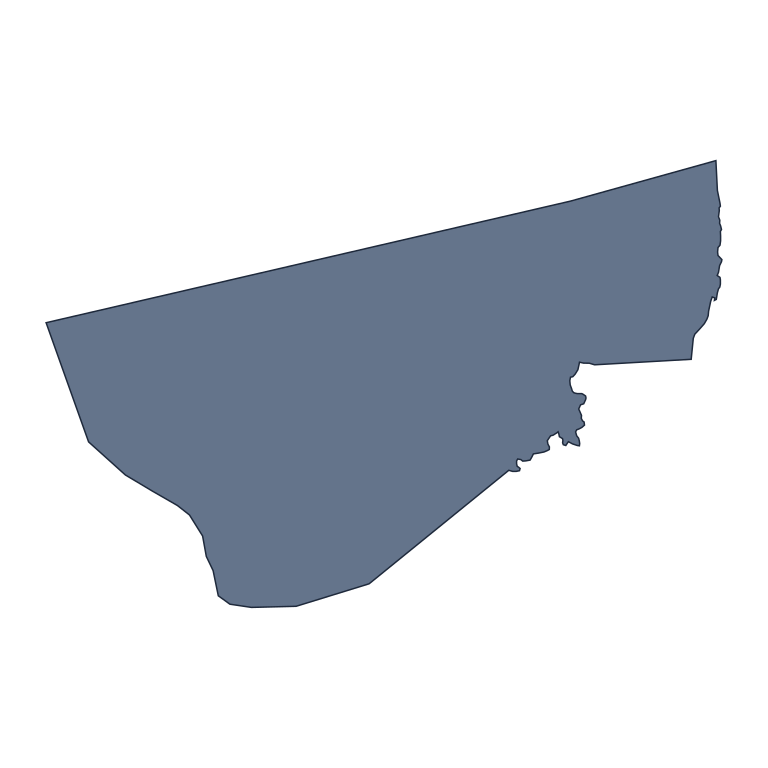 the district of Mukah, Sarawak, Malaysia
{"feature_id": "92858781B93541557808123", "entity_name": "Mukah", "entity_type": "district", "adm_level": 2, "iso_a3": "MYS", "parent_name": "Malaysia", "parent_adm1": "Sarawak", "projection": "mercator", "projection_center": [112.554, 2.823], "detail": "fine", "context": "isolated", "style": "filled", "palette": "slate", "viewbox_px": 768, "rotation_deg": 0, "n_neighbors": 0, "source": "geoboundaries", "source_scale": "gbopen_adm2", "svg_char_len": 1798}
<svg xmlns="http://www.w3.org/2000/svg" viewBox="0 0 768 768"><path d="M691.2,359.3L693.3,338.3L694.8,334.2L700.0,328.6L704.3,323.7L706.9,319.2L708.2,315.7L708.6,311.2L710.7,301.3L712.2,297.0L714.8,297.9L714.4,300.4L716.3,299.4L717.4,292.7L718.5,288.8L719.8,287.1L720.4,284.1L720.4,281.7L720.4,279.8L720.0,277.4L717.2,275.5L718.5,272.3L719.6,265.6L721.5,261.7L721.9,259.6L718.0,255.5L717.6,252.0L718.0,247.5L720.0,245.2L720.6,240.9L720.6,235.9L720.4,231.4L721.5,229.5L720.6,225.8L719.6,223.4L719.8,220.2L718.5,216.8L718.9,213.5L719.3,210.7L719.1,207.9L720.4,206.2L720.0,203.2L717.4,190.5L715.9,160.6L570.5,201.1L46.1,322.7L88.6,441.9L125.4,475.0L152.7,491.3L177.4,505.5L189.5,515.0L202.6,536.0L206.3,556.4L213.1,570.6L218.3,595.8L229.9,604.2L251.4,607.4L296.1,606.3L369.1,583.8L508.8,470.3L512.6,471.4L516.2,471.4L519.5,470.7L520.1,468.5L518.7,467.3L517.2,466.3L516.6,463.8L516.6,460.9L517.7,459.0L520.9,459.6L522.7,461.1L525.7,460.9L530.1,460.1L531.8,457.1L533.4,453.9L538.5,453.1L544.0,452.0L547.3,450.6L549.3,449.5L549.4,446.9L547.9,444.1L547.3,440.7L549.1,438.0L550.6,435.8L553.1,435.2L556.7,432.9L558.1,431.8L558.9,434.2L559.4,436.7L562.5,438.6L562.9,440.4L562.6,442.8L563.3,444.7L565.8,445.5L567.6,442.8L568.4,441.7L572.5,443.9L577.3,445.5L579.4,445.8L579.7,443.6L579.3,440.8L578.6,438.2L576.7,435.8L575.6,431.9L576.7,429.8L579.1,428.9L581.9,427.4L584.5,425.1L584.1,422.0L582.6,420.9L581.3,418.4L581.5,415.4L580.0,411.9L578.7,409.0L580.6,404.8L583.7,403.8L585.6,399.7L586.0,398.0L585.6,396.0L583.3,394.4L581.8,393.6L580.2,393.6L577.3,393.6L575.3,393.2L573.8,392.7L572.3,391.1L571.6,388.7L570.2,384.9L569.8,380.7L570.5,377.2L572.8,376.7L575.1,374.2L577.9,369.7L579.0,364.7L579.5,362.2L583.5,363.1L589.3,363.2L594.6,364.8L691.2,359.3Z" fill="#64748b" stroke="#1e293b" stroke-width="1.5"/></svg>